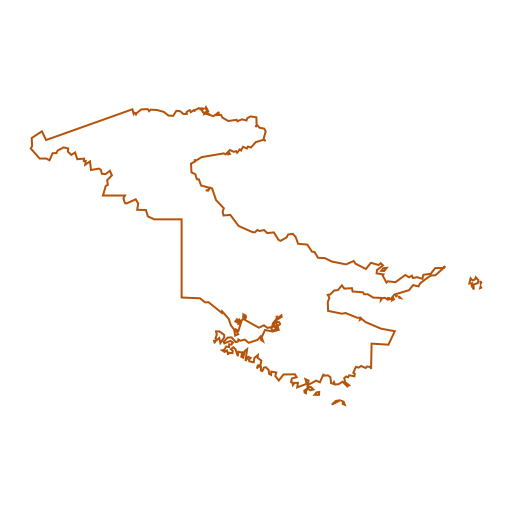 outline of Alotau District, Milne Bay, Papua New Guinea
{"feature_id": "67681753B64121020462611", "entity_name": "Alotau District", "entity_type": "district", "adm_level": 2, "iso_a3": "PNG", "parent_name": "Papua New Guinea", "parent_adm1": "Milne Bay", "projection": "natural_earth1", "projection_center": [150.058, -10.179], "detail": "fine", "context": "isolated", "style": "outline", "palette": "amber", "viewbox_px": 512, "rotation_deg": 0, "n_neighbors": 0, "source": "geoboundaries", "source_scale": "gbopen_adm2", "svg_char_len": 6123}
<svg xmlns="http://www.w3.org/2000/svg" viewBox="0 0 512 512"><path d="M181.6,297.5L200.0,298.3L205.1,302.4L208.5,302.2L221.8,312.9L222.1,311.3L228.6,318.7L230.9,325.3L234.1,329.5L235.2,335.6L238.2,334.2L234.8,328.8L238.4,330.9L241.0,322.7L238.4,323.8L238.9,320.6L237.9,321.2L237.1,319.9L236.5,322.1L234.6,320.9L236.5,321.6L236.6,319.6L237.4,319.5L238.0,320.7L239.3,319.7L239.7,321.8L243.2,319.1L243.3,317.0L245.3,318.1L245.8,316.4L243.7,315.6L243.5,314.4L245.6,315.5L246.1,317.0L245.4,318.5L243.4,317.4L243.9,319.3L258.9,327.7L263.9,325.3L267.4,327.9L272.2,326.9L272.8,323.5L276.8,318.5L276.5,315.8L277.5,318.2L281.4,315.3L281.7,316.7L275.8,320.6L275.8,321.9L279.2,322.2L280.1,324.1L276.0,327.4L278.0,327.6L278.7,329.9L272.6,331.5L265.0,330.0L261.6,337.4L263.0,341.2L261.2,340.0L260.5,336.6L257.5,339.9L248.7,342.8L244.8,339.6L240.6,340.7L238.4,339.5L238.2,341.4L235.8,342.1L231.6,337.4L227.7,337.6L223.7,341.8L224.3,343.3L230.5,340.9L232.9,342.6L231.3,344.6L229.2,344.3L229.1,347.1L226.2,346.5L224.4,349.7L222.1,350.3L224.6,351.9L227.0,350.5L228.2,354.9L228.5,352.7L232.5,353.1L232.8,350.9L230.9,349.2L233.2,347.2L235.5,349.3L237.8,356.2L238.4,351.7L242.0,352.7L242.7,351.4L241.3,356.7L243.2,357.7L244.6,351.3L247.1,349.2L245.5,361.0L248.3,356.8L250.6,357.9L248.9,359.7L249.3,361.3L253.7,362.3L254.4,357.9L257.9,355.1L257.6,357.8L261.4,360.6L260.5,364.8L257.8,365.6L256.9,368.5L258.3,366.7L260.9,366.6L260.9,370.6L262.4,371.0L263.9,367.6L265.8,367.2L268.7,370.0L269.1,373.8L271.1,374.9L271.3,371.6L276.3,372.5L275.3,376.0L278.8,380.5L283.5,374.5L294.9,374.3L296.6,377.2L291.9,378.5L291.0,382.1L292.4,382.5L292.9,385.0L294.3,382.9L297.9,382.9L297.2,387.4L306.7,383.8L305.4,379.1L308.6,380.6L307.9,385.1L316.1,380.6L319.9,382.3L323.6,374.0L323.7,375.7L327.9,375.4L330.4,377.2L331.1,383.1L333.1,383.8L334.0,382.1L334.9,384.5L338.6,384.2L342.6,381.7L346.0,385.1L344.2,378.2L346.1,376.5L348.1,377.3L349.2,375.3L354.4,376.3L354.8,373.7L353.3,372.8L355.9,366.9L358.6,367.6L361.1,366.0L365.6,368.0L367.1,366.5L370.4,367.0L371.1,368.9L371.6,343.6L388.4,344.7L394.8,331.2L381.1,328.7L365.6,322.1L361.5,318.8L360.0,319.8L360.5,317.7L357.3,317.8L345.5,313.0L341.9,313.7L328.1,310.9L327.8,302.0L329.4,297.8L327.8,294.9L330.2,294.5L334.1,290.5L337.9,290.1L341.9,285.4L344.3,288.6L351.9,288.2L352.6,291.5L363.0,292.3L364.1,294.2L367.8,294.3L373.3,297.6L381.1,297.9L380.9,300.1L382.3,298.2L385.0,297.8L387.1,299.3L387.8,298.0L389.0,298.1L388.4,299.5L390.8,299.1L394.3,294.6L409.0,290.2L413.1,285.1L418.5,286.4L420.2,283.3L425.4,279.3L430.7,275.6L435.5,275.2L443.5,268.0L435.2,268.1L430.7,273.8L423.4,274.8L422.4,278.8L417.2,277.2L412.9,278.0L412.0,275.7L409.0,277.3L405.3,275.0L395.4,282.2L387.8,281.3L386.5,282.6L382.6,275.5L383.4,274.4L376.6,273.4L377.0,270.0L383.0,265.4L380.7,263.2L378.6,265.0L370.9,262.8L365.9,269.0L355.5,263.7L353.7,261.0L346.0,264.4L331.7,261.5L324.8,258.1L318.0,257.8L314.6,252.0L311.9,251.6L307.3,244.6L298.1,243.8L295.7,237.1L292.8,233.8L288.0,234.6L286.5,237.5L280.6,240.8L278.6,239.9L273.8,232.4L267.3,233.1L264.1,230.1L259.3,231.0L257.3,230.0L255.0,232.3L252.7,232.2L238.6,226.0L230.3,214.9L223.5,215.5L222.6,211.8L223.8,208.3L216.1,200.2L212.1,188.5L210.2,187.7L208.2,190.6L205.8,190.5L208.2,190.0L209.5,187.8L201.1,185.5L198.9,179.4L196.8,179.2L195.4,174.3L191.5,172.4L191.0,163.7L195.0,161.5L194.6,159.3L195.5,160.9L201.7,157.1L223.8,153.4L225.6,154.4L229.9,150.0L233.7,151.8L236.2,151.2L237.1,152.7L239.8,149.4L241.1,150.5L243.0,146.8L246.9,148.5L247.9,146.6L251.0,147.5L255.8,142.1L263.8,139.7L265.5,141.1L263.6,138.9L265.7,131.3L264.2,128.6L259.5,127.7L257.4,125.3L255.4,126.9L256.6,125.2L256.4,117.3L250.5,116.4L247.3,118.2L246.5,120.5L242.0,119.3L237.4,121.3L236.7,119.8L228.3,121.0L222.4,117.6L221.0,114.9L216.9,115.1L217.4,113.5L213.4,116.1L207.9,114.4L208.9,114.0L207.6,113.0L204.1,114.2L204.5,112.6L202.8,112.2L202.0,109.8L203.6,108.6L201.3,108.3L201.2,109.8L198.9,108.1L194.6,110.3L194.9,111.5L193.9,110.1L190.8,112.2L189.9,110.2L188.2,110.8L186.5,112.3L186.8,113.9L183.5,114.0L180.1,111.2L176.4,110.8L173.2,115.8L168.5,115.6L163.8,111.9L156.8,110.0L150.6,109.7L149.1,111.2L147.7,109.1L141.4,109.4L136.5,113.2L135.7,115.4L135.8,113.3L134.1,112.5L133.6,113.6L132.4,109.3L46.1,140.0L41.9,131.3L31.7,138.0L32.1,146.2L30.7,148.4L39.6,158.5L46.2,158.5L49.5,160.3L52.6,153.2L56.4,153.1L57.6,150.6L63.6,147.4L68.2,148.5L67.9,151.6L71.3,154.9L75.1,152.5L77.3,159.2L84.1,158.6L83.8,161.1L85.7,160.9L85.2,164.7L90.0,161.4L91.0,170.0L98.9,168.6L100.8,169.8L101.9,173.8L105.5,174.1L109.9,170.8L111.9,175.3L107.2,180.2L107.8,184.9L105.7,186.0L103.0,195.5L125.0,195.5L123.4,198.3L125.0,203.1L126.4,203.5L135.7,199.3L138.2,203.6L137.2,209.8L145.9,210.0L147.9,216.4L154.1,219.3L181.6,219.3L181.6,297.5ZM219.4,331.4L216.0,331.4L216.8,334.7L215.5,338.2L216.6,340.2L219.3,338.0L220.4,343.0L224.2,337.4L224.2,334.9L219.4,331.4ZM478.4,280.1L475.8,277.3L475.0,279.4L472.6,280.5L470.6,278.3L469.3,283.5L472.1,283.3L471.6,286.0L473.9,289.5L473.4,284.6L477.8,283.1L478.4,280.1ZM311.0,387.1L307.6,386.7L308.0,387.8L304.3,390.8L304.7,392.7L305.9,393.2L305.9,391.0L307.9,388.5L310.4,390.3L313.4,389.5L311.0,387.1ZM276.8,329.5L273.2,325.8L271.2,328.2L272.5,330.5L276.8,329.5ZM275.2,327.1L277.0,324.9L276.4,323.1L273.4,323.9L275.2,327.1ZM340.2,400.3L335.8,400.9L331.8,404.6L340.2,400.3ZM386.7,267.9L383.3,268.2L381.2,270.8L384.1,271.0L386.7,267.9ZM319.0,394.8L319.2,392.0L316.5,392.4L314.6,394.8L319.0,394.8ZM205.6,112.1L208.1,111.2L206.0,107.2L205.4,108.4L207.5,110.8L205.6,112.1ZM343.6,401.7L342.2,401.2L343.3,402.5L342.7,403.9L344.8,404.8L343.6,401.7ZM347.6,386.1L349.2,385.3L347.5,384.0L347.6,386.1ZM480.7,283.6L481.3,282.5L480.3,281.1L480.7,283.6ZM480.2,288.1L481.2,287.6L480.6,286.5L480.2,288.1ZM228.4,154.3L229.8,154.0L229.0,152.5L228.4,154.3ZM392.4,300.2L393.9,299.3L393.2,297.9L392.4,300.2ZM217.9,112.7L217.4,113.2L219.6,112.7L217.9,112.7ZM400.5,298.0L399.3,296.8L398.9,297.0L399.2,297.7L400.5,298.0ZM444.2,267.6L445.3,266.3L444.0,266.9L444.2,267.6ZM215.3,340.8L214.1,340.8L214.6,342.5L215.0,342.2L215.3,340.8ZM395.2,296.2L396.5,296.3L396.6,296.1L395.2,296.2Z" fill="none" stroke="#b45309" stroke-width="2"/></svg>